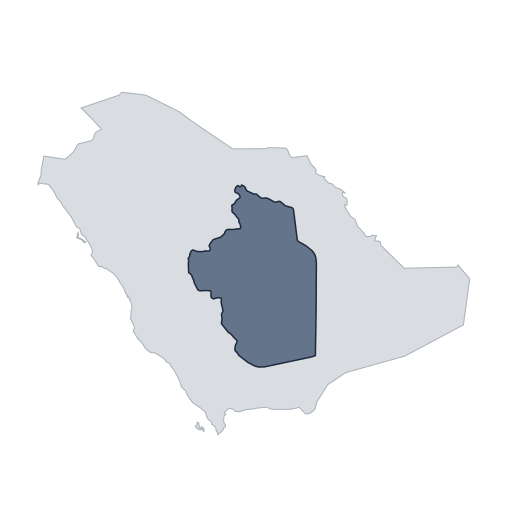 Ar Riyad highlighted on a map of Saudi Arabia, rotated 355°
{"feature_id": "SAU-1097", "entity_name": "Ar Riyad", "entity_type": "Region", "adm_level": 1, "iso_a3": "SAU", "parent_name": "Saudi Arabia", "parent_adm1": "", "projection": "albers", "projection_center": [44.266, 23.395], "detail": "fine", "context": "in_parent", "style": "filled", "palette": "slate", "viewbox_px": 512, "rotation_deg": 355, "n_neighbors": 0, "source": "natural_earth", "source_scale": "10m", "svg_char_len": 7369}
<svg xmlns="http://www.w3.org/2000/svg" viewBox="0 0 512 512"><g transform="rotate(355 256 256)"><path d="M395.4,368.7L337.4,379.6L334.2,380.5L316.2,390.5L304.1,406.4L301.3,413.9L299.8,415.1L297.3,416.6L295.0,417.7L291.5,417.6L287.2,412.0L286.1,410.8L285.1,410.7L277.2,411.7L260.8,410.3L258.0,410.0L254.4,408.1L253.5,407.7L252.5,407.6L244.0,407.6L239.8,408.2L235.7,408.0L231.5,408.3L230.0,409.0L228.3,409.0L227.3,409.6L226.4,409.9L225.3,409.4L224.0,409.5L222.1,409.0L220.8,407.8L219.6,406.7L218.4,406.1L217.0,405.7L215.8,405.7L214.3,406.3L213.4,407.0L211.0,409.1L210.9,409.9L212.0,411.1L211.6,411.7L210.2,412.5L209.8,414.5L209.6,415.6L209.4,418.3L210.0,420.4L210.8,421.2L210.8,422.1L210.3,423.8L209.1,424.4L208.1,426.1L207.5,426.9L206.5,427.8L202.5,430.8L202.3,429.0L201.1,426.4L201.0,424.6L200.4,422.7L199.3,421.3L197.3,419.8L197.2,417.8L195.7,415.8L193.8,414.1L192.8,411.2L192.0,407.2L186.9,402.0L180.6,397.1L178.7,394.4L175.7,388.8L174.2,384.5L170.0,379.4L169.9,377.5L169.3,375.1L168.4,372.5L167.8,370.4L163.8,361.3L162.4,359.8L161.3,357.8L161.0,356.2L160.7,355.4L157.7,353.8L155.1,350.0L146.9,343.7L142.8,343.0L139.7,340.7L137.4,337.8L135.0,332.9L130.7,327.5L127.2,319.9L128.5,317.3L128.5,315.4L127.4,312.1L126.3,309.6L125.5,307.2L126.3,303.9L126.7,300.1L127.5,298.1L128.1,296.0L127.6,291.5L126.4,289.1L126.6,287.5L125.2,286.7L124.2,285.0L125.4,285.0L123.3,282.6L122.6,281.2L121.9,278.0L120.9,275.5L117.8,269.7L116.4,266.3L113.0,261.7L109.3,258.3L106.9,256.7L105.8,255.3L103.8,255.2L101.8,253.2L100.3,253.0L98.4,252.6L96.3,248.8L94.6,245.3L91.6,240.6L92.5,239.4L93.5,237.6L93.2,235.0L92.7,233.3L91.5,230.1L87.3,222.2L86.2,221.0L84.3,219.6L83.3,216.1L82.9,213.1L79.9,211.5L75.1,200.4L72.3,196.4L71.2,193.8L67.9,189.4L66.4,185.2L63.0,181.1L60.4,174.3L56.0,167.3L54.1,166.1L49.2,165.3L47.2,164.6L45.2,166.0L45.1,164.1L46.6,161.7L48.9,156.4L49.5,151.8L53.4,138.0L73.8,142.9L74.8,142.7L83.1,136.6L87.9,129.5L88.9,128.8L102.8,126.6L103.2,126.3L106.3,119.8L106.6,119.4L107.0,119.0L113.1,116.0L104.0,104.4L94.6,93.3L133.2,83.9L133.8,83.7L136.7,81.2L153.4,84.6L159.8,86.0L161.9,87.1L191.9,105.5L206.8,118.6L242.1,147.2L242.6,147.3L274.4,149.9L277.8,149.2L286.6,150.1L295.4,151.2L297.2,154.5L297.8,156.8L298.5,159.1L300.2,161.1L307.6,160.9L315.3,160.5L316.4,162.6L317.0,164.6L319.1,169.5L322.1,173.2L322.9,174.6L323.4,176.7L322.9,177.5L322.7,178.4L325.0,180.4L328.6,182.1L330.0,182.5L331.6,183.2L330.4,184.5L332.6,187.2L335.1,190.0L337.7,190.5L341.4,194.7L346.9,197.3L350.2,200.9L349.9,201.0L349.0,200.6L347.8,200.2L347.4,200.7L347.5,202.2L347.9,204.0L349.7,205.5L351.2,206.6L351.8,208.7L350.9,213.3L350.5,213.3L349.7,213.0L348.8,212.9L348.4,213.2L349.5,216.5L350.6,219.0L351.9,220.9L353.0,223.8L353.9,225.0L357.5,228.0L358.6,230.6L359.8,235.4L362.1,238.0L363.4,240.1L365.1,241.8L366.2,244.2L367.7,246.0L368.5,246.4L369.7,246.5L371.1,246.5L372.8,245.9L374.6,245.4L376.0,246.3L377.5,246.0L377.7,246.9L376.7,248.2L375.7,251.2L377.4,251.6L379.1,251.8L380.3,252.2L380.9,252.2L381.0,252.8L381.2,255.7L381.7,256.7L402.5,281.1L454.8,284.5L455.2,284.4L456.4,282.5L466.9,297.3L456.6,342.7L395.4,368.7ZM185.3,423.0L186.9,423.1L186.2,422.4L186.1,422.1L186.8,421.1L189.1,423.2L189.0,425.7L188.8,426.2L188.2,425.7L187.8,425.2L187.7,424.6L187.0,424.0L184.7,424.3L183.3,423.6L181.3,421.5L180.8,420.0L181.6,419.7L182.6,419.0L183.1,417.8L182.6,416.6L183.8,416.8L184.5,418.1L184.6,421.0L184.7,421.6L184.4,422.2L185.3,423.0ZM86.7,227.8L86.1,227.8L84.8,226.2L84.1,225.1L83.3,224.3L79.5,222.6L79.1,221.6L79.7,220.7L80.0,221.7L80.7,222.3L83.8,223.8L87.2,226.9L87.8,227.2L86.7,227.8ZM80.9,220.2L80.7,220.5L79.9,219.7L80.1,218.0L80.9,217.1L80.7,218.4L81.0,219.7L80.9,220.2Z" fill="#d9dde1" stroke="#a8b0b8" stroke-width="1"/><path d="M241.9,227.5L242.4,227.4L242.7,227.3L242.9,226.9L243.1,226.5L243.2,226.0L243.2,225.4L243.2,224.6L243.0,223.3L242.8,222.5L242.5,221.9L242.0,220.9L241.8,220.3L241.9,219.7L242.1,218.7L242.0,218.0L242.0,217.9L240.5,215.9L238.7,212.9L238.2,212.3L236.6,210.7L236.3,210.3L236.1,209.9L236.0,209.4L236.0,208.9L236.4,206.1L236.4,205.1L236.2,204.1L236.3,203.6L236.7,203.1L237.1,202.8L237.6,202.7L238.4,202.5L238.6,202.4L238.9,202.1L240.4,200.0L241.1,199.1L242.0,198.3L242.5,198.0L243.0,197.7L243.9,197.3L244.4,197.1L244.8,196.8L245.0,196.4L245.2,196.1L245.2,195.8L245.2,195.7L245.3,195.4L245.2,195.0L245.1,194.6L244.9,194.1L244.7,193.6L244.3,193.2L243.9,192.7L243.1,192.0L242.2,191.4L240.9,190.9L240.8,190.6L240.6,189.8L240.6,189.4L240.6,188.9L240.7,188.5L240.9,187.8L241.2,187.1L241.7,186.2L242.2,185.5L242.8,184.9L243.1,184.7L244.3,184.3L244.7,184.6L244.8,184.7L244.8,184.8L245.1,185.1L245.5,185.4L245.9,185.6L246.3,185.6L246.8,185.4L247.2,185.2L248.0,184.0L249.9,185.3L250.8,186.1L251.1,186.6L251.4,187.1L251.9,189.0L252.2,189.6L252.7,190.2L253.1,190.6L258.7,193.8L259.6,194.1L261.1,194.2L261.5,194.3L262.0,194.5L262.4,194.8L263.6,196.3L265.5,198.1L266.4,198.7L266.8,198.9L267.6,199.0L270.9,199.1L271.8,199.3L272.6,199.6L273.9,200.3L278.8,203.7L279.3,203.9L279.8,204.0L280.2,204.1L280.7,204.1L283.6,203.5L284.1,203.6L284.6,203.7L285.0,204.0L288.3,207.1L288.9,207.9L289.3,208.3L289.7,208.6L296.1,211.0L296.3,211.2L296.6,211.5L296.9,211.8L297.1,212.2L297.2,212.7L297.4,213.4L298.5,243.0L298.7,244.0L298.8,244.4L299.1,244.8L299.5,245.2L306.7,250.2L311.9,255.2L312.8,256.2L313.6,257.6L314.6,259.5L315.1,261.1L315.5,263.8L315.5,268.7L311.0,316.6L306.5,360.3L303.8,361.2L254.9,367.2L249.5,366.9L247.5,366.4L246.4,366.0L244.9,365.3L239.1,361.6L238.7,361.4L230.5,353.8L228.5,350.4L227.3,349.0L227.0,348.5L226.8,347.8L226.8,347.2L227.6,343.4L228.0,342.6L229.3,340.7L229.4,340.3L229.6,339.8L229.6,339.7L229.6,339.3L229.6,338.9L229.5,338.4L229.2,337.9L227.5,336.0L226.2,334.4L225.6,333.3L224.5,331.9L221.4,329.2L216.1,321.1L215.9,320.6L215.7,320.2L215.7,319.7L215.8,319.3L216.6,316.1L216.7,315.1L216.5,311.4L216.6,311.0L216.7,310.5L217.0,310.1L217.6,309.3L217.9,308.9L218.1,308.4L218.2,308.0L218.3,307.5L218.3,307.1L217.3,299.7L217.3,298.7L217.9,295.5L217.9,295.4L217.6,295.1L217.2,294.8L216.7,294.7L214.3,294.2L213.9,294.2L213.4,294.3L211.0,294.9L210.5,294.9L210.0,294.9L209.2,294.6L208.7,294.3L208.3,293.9L207.8,293.1L207.7,292.5L207.7,292.0L207.8,289.7L208.1,288.7L208.2,288.3L208.1,287.9L207.9,287.4L207.3,286.9L206.8,286.7L206.3,286.5L205.4,286.3L201.0,285.9L197.8,285.9L197.1,285.8L196.6,285.6L196.2,285.4L195.7,285.1L195.4,284.8L195.1,284.4L194.9,284.1L192.3,277.8L191.8,274.6L191.6,274.1L191.1,272.9L190.1,269.4L189.7,268.7L189.3,268.3L188.9,267.9L188.1,267.5L187.9,267.3L187.7,266.9L187.5,266.5L187.5,265.1L187.7,263.0L187.7,260.9L188.0,257.2L188.4,255.5L188.5,254.7L188.5,254.1L188.2,253.4L188.2,253.2L188.2,252.9L188.3,252.5L188.6,252.0L189.6,250.8L189.6,250.7L189.9,250.1L190.2,249.1L190.2,248.4L190.6,247.5L191.9,245.5L192.2,245.2L192.8,244.8L193.2,244.6L193.7,244.5L194.1,244.6L196.3,245.8L197.1,246.1L198.6,246.5L202.2,246.9L203.2,246.9L206.1,246.5L207.0,246.6L208.6,247.0L209.0,247.0L209.4,246.9L209.9,246.7L210.3,246.3L210.8,245.7L211.1,244.9L211.1,244.3L211.0,243.8L210.5,242.9L210.3,242.4L210.2,242.0L210.3,241.4L210.6,240.8L212.5,238.3L214.4,236.3L214.9,236.0L215.4,235.8L222.1,234.2L222.9,233.8L223.4,233.5L224.5,232.5L225.9,231.5L226.3,231.1L226.7,230.5L227.4,229.0L228.0,228.3L228.3,227.9L228.6,227.7L228.9,227.5L229.3,227.3L229.7,227.2L230.2,227.1L231.1,227.1L235.4,227.6L240.1,227.3L241.9,227.5Z" fill="#64748b" stroke="#1e293b" stroke-width="1.5"/></g></svg>